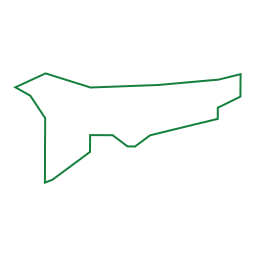 Ameland, Netherlands
{"feature_id": "6326949B94267238588526", "entity_name": "Ameland", "entity_type": "district", "adm_level": 2, "iso_a3": "NLD", "parent_name": "Netherlands", "parent_adm1": "", "projection": "equal_earth", "projection_center": [5.771, 53.406], "detail": "fine", "context": "isolated", "style": "outline", "palette": "green", "viewbox_px": 256, "rotation_deg": 0, "n_neighbors": 0, "source": "geoboundaries", "source_scale": "gbopen_adm2", "svg_char_len": 506}
<svg xmlns="http://www.w3.org/2000/svg" viewBox="0 0 256 256"><path d="M90.0,151.9L90.1,135.1L112.6,135.2L127.5,146.4L135.0,146.5L150.1,135.3L172.6,129.8L176.4,128.9L195.2,124.3L217.7,118.9L217.8,113.3L217.8,107.7L234.8,99.4L240.4,96.6L240.5,85.4L240.6,74.2L218.1,79.7L206.1,80.7L158.0,85.0L90.4,87.5L88.6,86.9L45.5,73.4L15.4,87.3L30.3,95.7L40.0,110.3L40.6,111.2L45.2,118.2L45.1,134.3L45.0,150.4L45.0,166.5L44.9,182.6L52.3,179.8L59.9,174.2L90.0,151.9Z" fill="none" stroke="#15803d" stroke-width="2"/></svg>